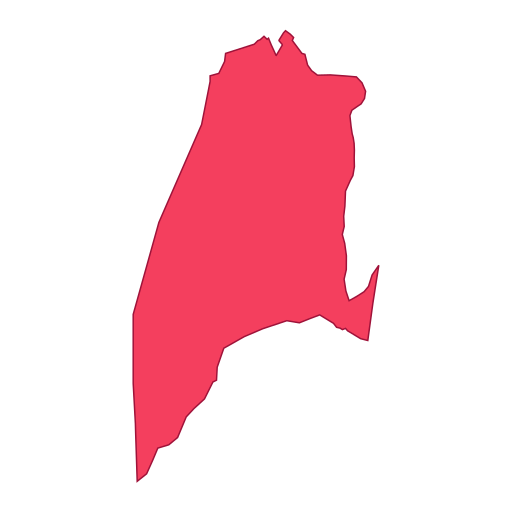 Idah, Kogi, Nigeria (Equal Earth projection)
{"feature_id": "59680162B89596725903657", "entity_name": "Idah", "entity_type": "district", "adm_level": 2, "iso_a3": "NGA", "parent_name": "Nigeria", "parent_adm1": "Kogi", "projection": "equal_earth", "projection_center": [6.753, 7.056], "detail": "fine", "context": "isolated", "style": "filled", "palette": "rose", "viewbox_px": 512, "rotation_deg": 0, "n_neighbors": 0, "source": "geoboundaries", "source_scale": "gbopen_adm2", "svg_char_len": 1320}
<svg xmlns="http://www.w3.org/2000/svg" viewBox="0 0 512 512"><path d="M137.2,481.3L146.6,473.8L152.8,460.0L157.8,448.1L168.8,444.8L177.6,437.5L186.2,416.9L193.9,408.6L204.5,398.9L212.9,382.0L216.5,380.2L217.2,367.2L223.8,348.2L244.3,336.6L262.8,328.7L286.8,320.7L299.4,322.8L310.4,318.4L319.7,314.9L333.5,323.3L336.6,327.3L340.0,328.1L342.4,329.6L345.5,328.4L347.6,330.8L360.7,338.7L367.8,340.5L372.9,303.0L378.8,265.3L372.1,275.0L368.5,286.4L364.1,291.7L356.9,296.3L349.1,300.7L345.9,291.0L344.1,279.2L346.3,269.6L346.4,255.8L344.7,243.3L342.3,234.5L344.2,226.5L343.7,216.3L344.9,206.1L345.5,191.1L350.4,180.2L352.9,175.6L354.4,166.6L354.2,158.0L354.4,150.1L354.1,143.3L353.2,137.5L352.2,133.9L351.1,126.7L349.9,115.6L351.9,110.2L357.2,106.5L361.1,103.9L364.5,98.5L365.6,91.3L362.0,82.8L356.4,76.9L345.9,76.0L330.3,74.9L317.5,75.2L311.6,70.7L307.6,65.1L304.9,54.3L301.9,53.4L292.3,40.5L293.6,37.5L290.3,34.2L285.5,30.7L283.5,32.9L279.1,40.0L279.0,40.7L282.1,44.3L282.3,45.1L276.3,55.4L276.0,55.3L274.1,51.1L271.2,44.8L268.5,38.2L267.1,39.3L264.0,36.3L260.2,39.7L257.8,40.7L254.3,44.2L225.6,53.4L224.6,61.5L218.8,73.4L210.1,75.8L210.1,81.5L208.5,89.7L201.6,124.6L199.8,128.7L158.9,222.4L146.4,267.2L133.2,314.4L133.2,383.4L135.4,423.7L135.6,431.4L137.2,481.3Z" fill="#f43f5e" stroke="#9f1239" stroke-width="1.5"/></svg>